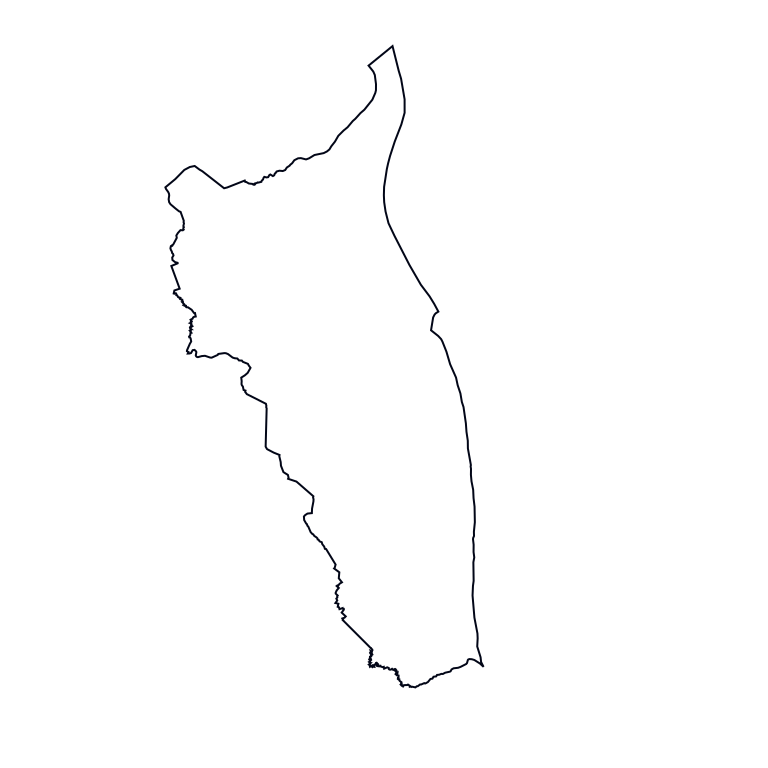 Ubolratana, Khon Kaen, Thailand, rotated 153°
{"feature_id": "78962969B29703528432140", "entity_name": "Ubolratana", "entity_type": "district", "adm_level": 2, "iso_a3": "THA", "parent_name": "Thailand", "parent_adm1": "Khon Kaen", "projection": "mercator", "projection_center": [102.713, 16.795], "detail": "fine", "context": "isolated", "style": "outline", "palette": "ink", "viewbox_px": 768, "rotation_deg": 153, "n_neighbors": 0, "source": "geoboundaries", "source_scale": "gbopen_adm2", "svg_char_len": 6125}
<svg xmlns="http://www.w3.org/2000/svg" viewBox="0 0 768 768"><g transform="rotate(153 384 384)"><path d="M453.7,664.2L458.5,665.5L464.7,665.4L477.0,661.3L489.5,658.5L489.7,656.8L489.1,652.9L489.2,651.1L489.8,649.5L492.0,646.4L492.9,643.5L492.6,641.0L490.0,634.8L488.2,630.9L487.1,629.7L488.3,620.3L489.1,619.2L489.3,617.9L491.1,615.8L491.1,614.6L491.8,614.3L492.5,613.2L492.4,612.5L493.5,612.3L495.5,613.5L499.1,612.1L501.6,610.6L502.3,608.3L508.6,603.9L509.9,603.8L510.1,603.3L511.3,603.6L512.7,601.9L513.0,600.3L512.9,598.4L513.3,596.9L512.9,595.7L513.2,594.1L515.3,592.8L516.2,590.5L514.8,587.4L512.9,585.7L513.1,585.2L519.9,585.7L522.8,561.7L528.3,562.5L530.3,560.1L529.8,559.6L528.3,559.4L528.2,558.2L528.7,557.4L528.0,556.7L528.0,554.9L527.3,554.3L527.2,553.0L526.4,553.3L526.2,553.1L526.8,551.9L525.5,550.7L526.1,549.8L526.1,549.2L525.7,548.9L526.0,548.2L526.6,548.4L525.9,546.0L526.7,545.5L526.0,545.1L526.2,544.3L525.2,544.1L524.9,543.6L525.4,542.7L525.2,542.1L523.9,541.4L521.7,537.5L521.1,533.8L520.9,533.2L520.2,533.0L521.1,529.6L522.9,530.1L524.0,529.9L524.9,529.1L527.1,529.1L526.8,527.0L527.1,526.8L527.8,527.3L528.4,526.3L529.1,526.3L528.3,525.4L528.3,525.1L528.7,525.2L528.5,524.6L529.2,524.0L528.5,522.5L529.8,522.3L530.7,522.8L531.2,522.6L531.4,521.8L530.8,520.3L531.6,520.7L531.9,519.4L532.8,519.6L532.4,517.1L533.3,517.3L534.5,515.5L536.2,514.7L536.3,514.0L535.7,513.7L535.6,512.4L536.5,509.4L538.7,508.0L544.3,503.4L544.7,502.7L543.7,501.2L545.0,500.2L543.5,499.5L541.9,499.2L539.1,501.0L537.3,500.4L536.6,498.2L536.9,497.3L538.7,495.0L538.8,493.9L538.3,492.9L537.6,492.4L533.7,491.6L530.7,490.4L526.9,486.5L525.6,485.7L519.0,485.4L518.0,486.0L512.2,484.0L510.9,483.2L509.4,481.5L506.9,476.3L505.3,474.7L503.1,473.3L502.5,470.8L500.0,469.4L499.7,467.8L496.1,463.7L496.1,461.9L495.6,459.0L500.4,455.8L504.0,454.9L508.3,454.5L509.5,451.2L511.0,448.6L511.2,447.4L510.9,445.8L511.8,442.4L510.4,441.0L511.3,440.0L510.8,437.2L498.2,420.0L498.7,418.0L499.5,416.8L499.6,415.6L517.9,381.9L517.8,379.3L517.5,378.7L513.4,372.9L509.3,368.2L510.1,367.1L511.5,361.3L512.9,358.0L513.6,351.1L510.9,346.6L511.5,344.0L512.5,343.1L506.3,336.8L497.9,316.0L498.7,315.1L499.1,313.3L500.2,311.4L504.7,305.6L506.9,301.7L511.0,303.3L513.7,303.0L515.5,302.3L516.9,299.0L516.7,294.9L516.3,294.1L516.6,292.5L516.2,291.3L516.6,285.3L515.9,282.8L515.3,282.2L515.1,280.3L513.8,278.0L513.4,276.7L513.7,275.6L513.0,274.9L512.8,273.0L511.3,271.3L511.7,269.2L511.1,266.3L511.5,264.0L510.5,263.2L509.1,245.1L511.4,242.6L512.2,242.3L509.3,236.5L512.5,231.4L511.5,226.4L514.2,226.2L516.4,225.1L516.9,225.7L517.9,225.5L516.9,222.8L519.8,221.6L521.8,220.0L522.2,219.2L521.3,216.5L522.1,216.1L522.5,215.0L523.9,214.4L523.9,212.4L526.7,210.9L524.4,208.9L526.4,206.5L525.5,205.5L525.9,203.6L522.9,203.2L523.1,202.9L521.9,202.0L522.2,201.2L525.5,199.5L523.6,194.3L525.3,193.7L527.6,194.0L527.5,192.0L527.8,192.0L515.7,154.7L515.4,154.5L515.5,153.7L515.0,152.9L515.1,152.1L516.4,151.1L517.0,152.0L517.1,150.7L518.0,151.1L518.5,150.8L518.4,149.8L517.4,149.7L518.2,148.8L517.2,148.6L517.2,148.2L518.1,148.1L518.8,147.3L520.3,147.4L521.0,146.2L522.3,145.2L522.1,144.8L521.2,144.8L520.5,145.3L520.7,144.0L521.9,143.7L522.2,143.2L523.5,143.1L523.1,142.0L522.5,141.5L524.9,140.9L524.7,140.5L523.8,140.6L524.6,139.1L524.0,138.9L524.4,138.4L523.0,138.4L523.2,137.9L522.9,137.0L522.2,137.2L521.2,136.5L521.2,138.3L520.2,137.8L519.7,138.3L518.5,138.1L517.8,139.1L517.1,139.0L516.6,137.3L517.7,137.5L518.5,136.3L517.5,135.3L516.9,135.4L516.5,134.6L515.1,134.5L515.2,133.8L513.6,132.2L512.6,132.1L513.1,130.3L509.8,130.1L508.7,128.8L509.1,127.8L508.8,127.1L507.6,126.4L506.1,126.6L505.7,125.3L504.6,125.2L505.0,124.6L504.6,124.1L504.1,124.2L503.7,124.8L503.2,124.7L503.0,123.5L503.8,123.4L504.0,123.0L503.1,122.2L503.1,121.8L504.0,121.7L504.2,120.9L505.4,120.3L504.9,119.1L503.8,119.6L504.6,118.5L503.4,117.6L504.4,115.6L505.0,115.8L505.6,114.9L505.1,114.0L504.5,113.7L504.8,113.2L504.8,112.3L503.8,110.3L504.1,109.7L504.5,109.6L504.4,108.8L505.6,108.6L505.2,107.1L504.5,106.9L504.3,105.9L502.9,106.6L499.9,105.2L499.1,105.3L498.2,103.7L498.5,102.7L497.7,102.7L497.3,101.7L496.6,101.7L493.7,99.4L492.1,99.8L491.1,99.4L488.2,99.9L487.4,99.4L483.9,99.2L483.4,98.5L482.5,98.4L480.2,98.5L476.5,100.1L474.6,99.5L472.8,100.7L470.3,99.8L468.8,100.7L466.8,99.9L464.5,99.7L463.2,98.9L460.6,99.0L456.0,97.8L455.1,97.8L453.4,99.0L451.1,99.1L446.8,97.5L444.2,97.2L437.9,97.2L436.7,97.7L434.6,100.0L433.9,100.3L432.7,100.1L430.7,98.9L428.8,97.1L425.4,91.4L423.7,86.8L423.7,92.2L422.0,96.7L420.1,107.8L416.0,114.9L414.0,119.3L409.5,134.8L401.1,155.4L396.4,163.7L393.5,167.9L385.3,184.6L382.3,188.5L380.5,193.6L377.1,200.1L375.2,205.2L374.5,206.3L372.8,207.7L371.0,211.5L365.8,219.6L359.0,233.6L356.0,241.7L352.6,249.2L350.2,257.6L347.8,263.6L345.0,268.9L344.2,271.3L343.4,272.3L338.5,288.5L335.1,295.4L332.2,304.0L328.9,311.8L323.6,327.4L322.8,332.6L320.2,340.9L318.9,349.5L316.9,357.0L316.1,371.6L313.7,384.5L312.7,395.2L312.7,398.0L313.9,402.2L317.7,410.5L310.0,421.0L307.4,422.9L305.8,423.5L302.7,423.8L302.9,432.6L303.6,441.4L306.1,455.7L307.3,478.5L307.4,511.2L307.0,525.2L304.3,537.0L301.3,545.9L298.4,552.3L294.4,559.6L283.9,574.2L280.2,578.7L275.1,584.4L264.4,595.1L250.7,607.4L242.5,616.3L236.4,628.3L230.2,648.2L228.7,656.4L223.0,681.2L253.2,674.7L251.7,667.3L251.9,663.5L255.0,654.8L257.8,649.4L259.6,647.3L265.3,642.6L277.0,637.3L281.9,636.1L289.2,633.3L292.4,632.5L299.9,629.3L304.9,628.2L312.0,625.9L317.7,622.2L323.1,619.7L326.1,617.8L329.2,617.1L332.9,617.1L342.0,619.6L348.3,619.1L351.5,619.5L355.5,623.0L358.1,624.1L362.3,624.1L365.6,622.4L368.0,621.9L368.9,621.4L372.3,621.0L374.9,619.5L377.5,619.7L380.3,621.5L383.2,622.1L385.0,621.1L385.7,621.1L387.1,619.8L388.6,619.7L390.2,622.3L391.3,622.2L393.3,620.9L394.9,621.4L396.6,622.9L397.8,622.3L399.0,621.1L400.6,620.7L401.5,619.8L404.5,620.5L405.2,621.0L406.2,620.8L407.7,621.3L408.3,621.3L408.3,620.5L408.8,620.3L409.9,620.9L410.5,622.1L413.4,624.0L415.0,626.5L415.9,627.1L415.7,628.5L434.5,630.3L437.6,631.0L449.3,656.1L451.0,658.7L453.7,664.2Z" fill="none" stroke="#020617" stroke-width="2"/></g></svg>